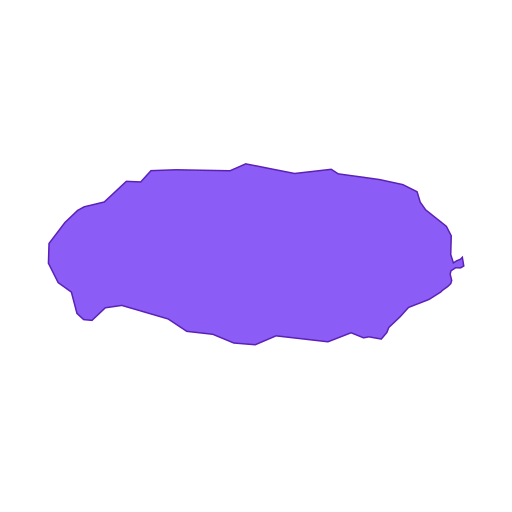 the border of Jeju, rotated 17°
{"feature_id": "KOR-2510", "entity_name": "Jeju", "entity_type": "Province", "adm_level": 1, "iso_a3": "KOR", "parent_name": "South Korea", "parent_adm1": "", "projection": "robinson", "projection_center": [126.648, 33.381], "detail": "fine", "context": "isolated", "style": "filled", "palette": "violet", "viewbox_px": 512, "rotation_deg": 17, "n_neighbors": 0, "source": "natural_earth", "source_scale": "10m", "svg_char_len": 894}
<svg xmlns="http://www.w3.org/2000/svg" viewBox="0 0 512 512"><g transform="rotate(17 256 256)"><path d="M453.7,196.9L457.6,204.8L455.2,207.5L450.3,208.9L446.8,213.1L447.0,216.6L450.3,222.2L450.3,225.5L448.5,228.8L444.2,234.5L443.3,236.3L434.2,246.9L416.9,260.6L411.5,272.1L403.9,285.5L403.5,290.9L400.1,298.8L387.6,300.3L382.8,302.8L369.4,301.6L349.9,317.0L298.5,326.5L281.2,341.1L260.2,345.7L237.6,343.5L211.8,348.3L190.4,341.9L142.1,342.5L127.0,349.6L118.0,365.5L109.8,367.2L101.6,363.3L90.0,344.5L74.6,339.3L59.6,323.6L54.4,304.5L63.5,279.8L72.1,264.5L77.4,259.1L95.1,248.7L110.2,222.5L124.1,218.9L130.6,205.1L154.4,196.9L206.2,182.1L219.2,170.9L268.8,165.8L302.6,151.1L310.6,153.4L351.7,146.8L375.5,144.8L391.3,147.5L397.3,156.5L404.8,162.3L429.4,172.0L436.8,179.6L441.8,197.7L446.8,204.9L449.1,202.1L452.4,199.4L453.7,196.9Z" fill="#8b5cf6" stroke="#5b21b6" stroke-width="1.5"/></g></svg>